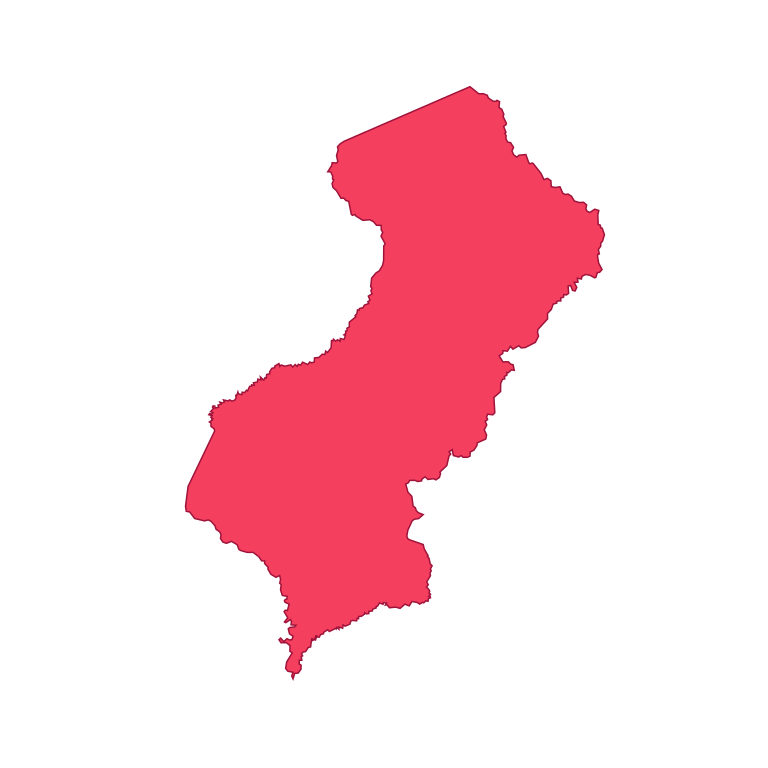 the district of Pauini, Amazonas, Brazil, rotated 116°
{"feature_id": "56859067B82057358167154", "entity_name": "Pauini", "entity_type": "district", "adm_level": 2, "iso_a3": "BRA", "parent_name": "Brazil", "parent_adm1": "Amazonas", "projection": "albers", "projection_center": [-67.726, -7.765], "detail": "fine", "context": "isolated", "style": "filled", "palette": "rose", "viewbox_px": 768, "rotation_deg": 116, "n_neighbors": 0, "source": "geoboundaries", "source_scale": "gbopen_adm2", "svg_char_len": 6155}
<svg xmlns="http://www.w3.org/2000/svg" viewBox="0 0 768 768"><g transform="rotate(116 384 384)"><path d="M79.1,437.1L183.1,526.1L187.2,528.6L191.2,529.8L193.7,527.8L199.5,526.8L204.4,523.0L206.2,523.6L207.8,527.6L210.4,526.8L217.9,527.6L216.7,524.8L219.6,521.3L222.4,520.1L222.6,518.7L226.7,518.5L229.8,515.9L231.1,511.4L235.9,504.1L234.6,501.4L235.8,498.7L235.3,495.8L245.9,487.7L246.2,486.4L244.4,484.2L245.3,483.1L246.2,474.8L242.6,468.7L242.8,464.4L244.6,460.3L242.7,456.0L246.6,454.1L248.3,451.6L252.4,451.5L257.4,444.5L260.1,444.7L273.4,438.4L278.0,437.3L284.2,437.8L287.9,440.0L294.2,441.5L302.3,438.7L303.2,436.8L305.8,436.7L308.3,434.3L311.9,436.6L314.9,433.3L317.1,434.6L318.4,433.0L321.7,436.2L324.5,436.3L327.0,439.2L328.4,438.7L329.0,440.3L332.7,439.2L335.3,440.0L336.0,438.8L343.6,442.3L348.0,440.2L350.2,441.8L352.1,440.5L353.4,441.7L355.2,440.5L357.4,441.6L357.3,439.9L361.5,439.5L362.3,443.2L364.8,442.2L364.6,445.2L366.7,446.2L365.9,449.1L367.5,448.8L368.0,450.2L374.6,447.4L380.5,448.6L380.0,450.8L383.4,450.1L384.3,452.6L388.6,454.1L391.0,457.9L394.9,456.3L396.7,458.4L396.7,460.3L399.9,461.1L400.1,466.8L403.6,467.1L403.8,469.6L406.3,469.8L405.4,472.3L408.8,473.5L407.6,476.1L411.4,480.8L412.0,484.8L413.9,485.4L411.7,487.4L415.7,490.0L417.2,489.4L419.1,491.7L423.3,492.1L424.9,491.2L426.9,493.6L430.3,492.5L430.5,493.7L433.2,493.8L431.9,498.1L434.3,496.4L434.9,499.5L437.7,498.7L440.1,501.9L442.0,500.1L442.8,502.6L443.8,502.0L445.1,503.7L450.0,503.6L449.9,504.9L452.7,505.4L453.6,507.9L455.8,507.0L456.7,510.6L455.3,511.8L458.5,511.4L459.2,512.3L461.1,510.9L463.6,510.9L466.0,513.1L465.9,515.7L467.5,516.7L468.7,521.3L470.1,519.5L471.8,521.0L472.3,523.6L473.7,521.7L475.7,523.9L477.3,522.5L479.7,525.2L478.0,526.4L478.5,527.9L479.9,528.1L480.9,526.6L484.8,527.7L484.8,525.2L486.7,525.7L486.9,527.7L488.4,528.0L487.8,524.6L489.8,525.1L490.2,522.8L491.1,523.4L491.5,522.5L494.7,524.3L494.9,522.4L498.0,520.9L498.6,517.3L500.3,515.6L561.9,515.2L580.9,508.8L585.1,505.9L584.2,502.5L587.9,495.2L585.7,485.3L583.2,482.3L583.2,479.3L585.5,473.8L588.2,471.2L588.9,466.8L590.9,464.4L594.6,463.2L596.7,459.6L596.3,455.8L592.3,452.1L592.8,445.5L596.3,441.9L596.5,439.9L595.3,433.1L592.7,427.8L594.1,420.9L596.6,416.4L595.3,413.8L597.7,412.6L599.5,407.9L601.4,407.1L604.6,402.2L605.1,396.4L601.9,393.8L605.0,391.3L608.8,390.4L609.3,388.5L614.3,386.8L618.6,382.7L617.3,377.9L620.0,377.0L620.8,378.3L622.6,378.5L623.6,377.1L623.4,372.8L629.9,371.5L630.6,373.6L632.4,374.0L636.3,368.0L641.5,369.2L641.6,367.7L636.7,364.8L638.1,363.0L641.2,362.0L639.4,357.3L641.4,357.8L644.2,362.0L646.1,362.7L650.0,359.4L650.6,355.1L654.1,354.7L655.4,356.5L655.5,359.6L659.4,361.1L657.7,365.5L659.9,366.3L661.7,363.1L659.3,358.3L660.4,353.8L665.5,351.4L665.9,348.6L676.6,349.6L682.8,347.7L684.3,344.5L683.0,339.4L686.8,339.0L688.9,336.5L683.3,337.4L681.4,334.4L676.7,333.6L673.0,335.3L672.8,337.5L669.4,339.0L668.3,336.8L665.4,338.8L664.0,338.0L662.9,339.8L660.8,339.5L658.7,337.1L654.0,336.6L652.5,334.7L646.9,336.6L645.5,335.5L645.8,336.9L644.7,337.2L644.1,333.3L642.5,333.6L643.2,334.5L640.2,334.9L639.8,334.2L641.2,334.1L639.9,331.2L637.0,331.2L635.1,328.9L633.7,329.4L629.6,326.9L630.4,324.6L624.9,320.4L625.2,319.6L623.3,319.7L624.2,317.0L622.2,318.0L621.6,314.1L618.5,315.2L618.7,312.8L614.8,309.4L611.8,309.9L610.4,308.9L608.9,304.8L606.3,305.4L606.1,304.0L604.0,304.8L602.7,302.5L599.5,300.7L598.0,301.1L598.4,299.2L597.0,297.0L595.1,298.0L593.1,295.0L591.3,295.4L588.7,292.9L587.5,293.5L586.4,292.4L582.8,292.1L582.4,288.3L580.8,288.6L579.7,285.8L582.1,285.8L581.1,284.6L582.7,281.0L579.4,275.6L578.6,271.2L572.7,268.7L572.4,264.1L567.2,263.5L565.8,258.4L566.2,255.5L563.4,253.6L563.3,252.4L560.6,251.3L559.9,249.2L557.4,250.0L555.7,248.5L554.5,249.6L555.1,250.6L552.6,250.0L552.1,251.9L550.2,252.1L549.1,253.5L547.8,256.9L545.1,256.2L543.0,258.9L535.9,258.2L534.0,259.7L531.1,259.7L530.1,261.2L526.3,261.1L525.4,263.6L520.8,267.2L520.1,269.2L519.0,269.1L514.6,275.5L511.1,278.4L512.8,292.8L512.6,294.9L510.7,296.8L504.9,298.5L494.5,298.7L492.1,297.3L489.8,293.9L484.2,291.5L484.6,296.7L483.7,299.5L481.5,301.5L481.0,304.3L472.8,309.7L470.8,315.0L464.4,320.6L462.1,318.8L459.3,318.6L457.0,313.8L456.9,311.0L454.6,307.7L453.3,308.3L449.4,306.5L450.5,302.6L447.5,298.1L447.4,295.3L443.7,293.2L439.5,294.0L438.8,295.2L429.7,291.8L420.3,294.0L417.7,293.3L416.5,295.8L413.1,293.9L417.9,290.3L416.9,284.9L414.5,283.2L415.2,281.0L413.4,277.0L411.2,275.1L407.3,276.7L404.0,274.2L398.6,273.5L396.0,274.4L388.8,268.4L384.8,269.5L381.2,273.8L375.8,273.7L373.1,276.7L370.6,275.3L368.6,277.4L365.7,277.6L364.0,272.7L361.3,271.8L347.9,279.3L339.7,275.9L332.5,279.3L327.8,279.6L326.5,277.7L324.4,279.1L322.2,277.4L319.8,278.7L319.5,277.3L315.5,275.7L314.6,272.9L310.1,276.4L310.6,279.2L309.5,281.8L312.0,286.9L308.2,292.8L304.5,290.7L301.9,291.6L300.4,287.5L294.7,286.8L296.2,283.4L290.5,279.6L291.4,276.5L289.3,273.0L280.2,266.2L273.3,266.1L270.1,268.8L267.3,269.5L253.8,265.5L248.9,268.0L243.7,266.3L238.1,267.0L235.5,264.2L234.3,264.9L233.1,264.1L231.8,261.5L229.3,262.9L227.2,260.7L224.8,261.6L224.0,259.1L221.6,257.8L215.2,261.5L213.6,259.5L217.2,255.6L216.6,253.0L212.6,253.1L209.3,257.7L207.4,254.3L204.2,256.6L203.1,252.6L200.4,253.2L197.2,250.8L196.0,246.7L196.2,241.2L195.1,240.3L190.4,241.1L189.1,239.2L185.6,238.2L181.2,244.1L175.5,248.1L173.8,248.7L172.7,247.5L169.1,250.3L165.1,249.6L162.5,250.9L159.7,250.2L153.2,251.3L148.3,256.2L148.6,257.7L146.4,259.2L146.7,261.4L138.2,266.0L133.9,267.0L134.5,271.2L139.6,274.2L139.7,277.1L138.2,279.3L134.2,280.4L133.2,284.3L135.3,288.1L136.1,293.1L133.0,297.9L132.6,301.9L134.3,304.2L134.1,307.0L129.6,312.3L132.3,316.2L133.3,320.2L128.1,323.1L127.5,327.2L130.2,329.8L125.9,335.2L120.7,346.0L120.3,347.3L122.1,349.7L121.5,351.0L115.6,357.1L119.1,362.9L121.9,364.1L121.2,367.9L118.5,371.1L114.5,371.3L111.6,376.0L112.4,378.9L109.9,382.1L107.2,383.1L105.7,385.3L104.4,384.7L100.0,389.4L97.4,388.0L95.9,388.4L91.4,394.2L89.1,394.5L85.6,398.4L85.0,401.9L79.6,403.9L79.5,406.8L80.8,407.2L82.0,409.9L81.2,415.6L79.2,417.7L79.6,422.2L81.6,426.0L79.1,437.1Z" fill="#f43f5e" stroke="#9f1239" stroke-width="1.5"/></g></svg>